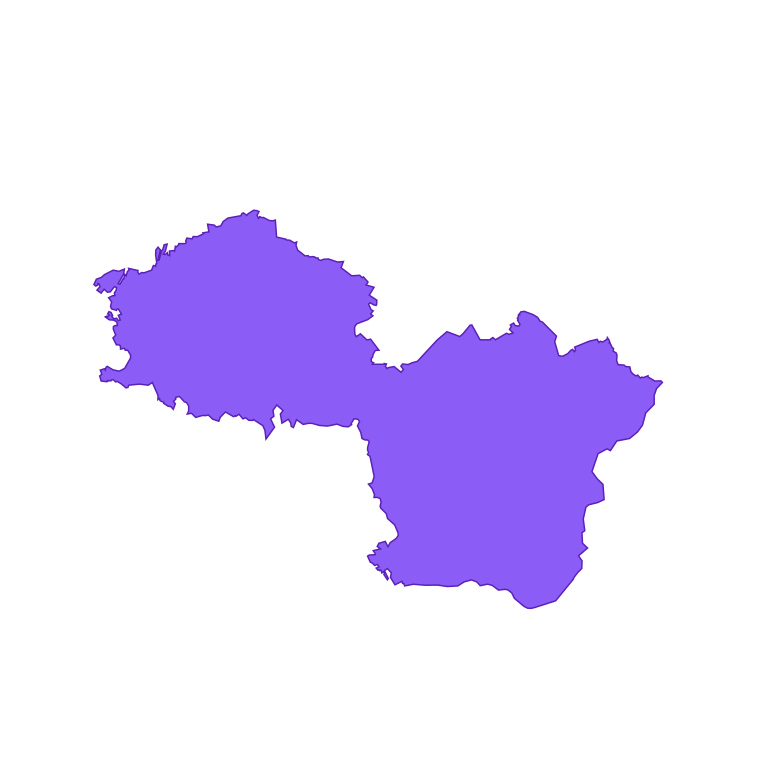 Qalqiliya, West Bank, Palestine (orthographic projection), rotated 226°
{"feature_id": "87354302B40414204592822", "entity_name": "Qalqiliya", "entity_type": "district", "adm_level": 2, "iso_a3": "PSE", "parent_name": "Palestine", "parent_adm1": "West Bank", "projection": "orthographic", "projection_center": [35.101, 32.181], "detail": "fine", "context": "isolated", "style": "filled", "palette": "violet", "viewbox_px": 768, "rotation_deg": 226, "n_neighbors": 0, "source": "geoboundaries", "source_scale": "gbopen_adm2", "svg_char_len": 6171}
<svg xmlns="http://www.w3.org/2000/svg" viewBox="0 0 768 768"><g transform="rotate(226 384 384)"><path d="M224.4,258.6L219.5,266.1L211.0,273.5L202.1,282.9L194.2,289.0L187.5,296.8L186.0,304.1L182.3,310.8L177.2,313.3L172.1,313.1L168.1,319.4L164.0,322.0L156.2,323.2L152.5,328.1L150.1,330.0L145.0,330.8L139.3,328.9L126.8,330.2L122.9,331.6L120.4,334.0L118.5,337.2L108.8,356.9L112.1,384.6L112.9,386.3L113.8,392.3L113.9,398.1L119.2,403.6L125.3,404.6L124.6,416.5L131.6,416.2L139.5,423.1L139.0,426.5L148.5,433.6L155.1,443.6L154.9,447.4L150.2,455.5L148.0,462.1L159.7,471.8L167.4,471.5L176.5,472.7L185.2,489.6L182.4,499.4L178.8,500.6L181.3,511.9L174.2,522.8L173.4,533.3L174.9,541.5L181.4,552.3L181.7,564.2L188.1,570.4L191.4,576.9L191.7,585.3L193.8,585.4L198.0,580.9L205.7,578.8L206.5,579.6L208.6,574.8L209.8,574.3L210.4,572.5L214.1,572.7L214.8,570.9L218.2,570.0L221.4,570.2L225.5,572.7L228.6,570.0L230.9,569.8L235.2,565.9L239.2,567.5L242.8,571.6L244.9,572.6L248.4,571.7L250.1,573.8L251.8,573.5L256.3,575.0L257.1,574.6L257.1,575.4L259.2,576.4L262.2,576.9L261.3,575.5L262.2,570.6L264.5,569.3L264.6,567.4L268.0,568.4L272.2,561.4L278.1,546.7L275.3,545.3L275.0,543.4L277.9,543.7L278.5,541.7L278.2,537.3L279.6,532.6L280.3,531.3L283.1,529.4L295.9,536.2L298.6,541.3L318.5,541.0L320.9,539.9L325.2,540.8L330.2,539.5L338.8,535.4L340.8,532.6L340.4,529.8L339.5,529.6L340.3,528.7L338.5,526.5L338.7,525.6L337.2,525.2L337.0,524.3L332.5,523.3L332.0,521.1L335.1,518.9L337.8,519.6L338.7,515.9L336.9,515.6L336.1,512.2L331.1,512.3L332.8,508.5L335.4,507.3L338.4,494.9L341.8,494.6L342.3,492.1L341.9,491.2L349.0,483.8L365.5,488.2L366.5,486.6L365.3,476.1L365.5,471.5L377.9,465.6L378.7,452.9L377.1,423.8L379.9,418.7L381.2,414.9L385.5,411.3L385.1,408.5L381.0,408.1L380.6,404.4L389.5,403.4L392.8,398.5L393.1,396.8L395.8,397.4L396.7,399.7L398.6,398.4L398.1,397.8L406.2,389.4L406.5,391.3L408.8,390.4L411.4,392.6L411.1,394.1L412.8,396.6L414.0,400.2L413.9,401.4L411.8,403.8L425.6,405.5L427.5,402.3L436.5,401.9L437.3,397.0L440.2,397.7L444.7,401.7L445.7,403.2L446.2,406.3L441.6,417.0L440.7,423.4L443.7,423.1L444.1,427.0L446.4,426.3L452.2,428.4L452.0,430.5L448.0,431.6L446.0,432.9L446.4,434.0L449.3,437.1L458.1,435.1L460.5,444.0L467.7,439.9L468.4,443.3L475.3,443.6L475.5,442.2L479.1,442.0L484.3,435.9L497.5,433.9L500.3,439.9L504.0,435.3L512.5,430.9L515.7,427.2L516.7,424.5L519.0,423.3L520.3,424.1L522.4,422.4L523.4,422.5L525.5,420.9L527.0,418.6L528.9,418.6L531.0,416.2L540.2,414.9L544.9,417.0L546.8,419.8L547.8,417.5L552.9,416.1L555.4,413.8L556.2,414.1L564.3,408.8L577.4,419.7L578.8,417.1L581.5,415.0L587.6,412.9L588.5,411.7L590.7,410.9L590.3,408.9L593.4,409.7L594.9,413.9L597.3,412.8L599.6,410.8L600.9,404.3L600.6,402.5L604.8,401.7L605.3,400.4L604.5,397.9L611.8,387.0L612.6,381.2L611.1,376.4L613.6,372.4L616.2,372.3L621.5,368.1L615.1,363.7L618.5,358.8L617.6,358.7L617.7,357.8L619.6,352.1L622.6,349.2L621.8,346.7L625.9,343.6L624.6,340.6L623.0,340.0L623.1,338.5L627.5,333.9L626.8,332.9L627.0,329.6L627.9,329.5L625.0,325.6L626.2,325.3L628.7,322.0L625.2,319.0L627.0,318.1L628.9,319.3L629.1,316.6L630.7,315.5L631.4,319.0L635.3,325.2L636.9,322.6L634.4,318.3L634.3,316.5L629.3,308.2L630.1,307.3L635.7,316.3L639.4,316.5L638.9,313.0L635.5,309.4L628.8,304.5L628.7,303.1L627.4,301.5L629.2,300.7L629.2,299.7L627.3,296.0L630.7,288.5L632.6,287.0L633.1,284.2L635.5,284.5L636.5,285.9L644.6,280.6L643.0,279.7L643.2,277.6L640.9,273.7L642.7,273.7L640.4,269.7L640.9,269.5L639.2,263.2L640.9,262.5L643.8,272.9L647.0,277.1L649.2,271.6L654.0,268.3L656.9,258.8L657.0,254.8L659.2,249.9L657.0,244.4L654.7,244.7L654.0,246.5L655.0,248.3L653.8,248.5L651.3,247.3L650.9,242.7L645.9,243.6L646.6,248.5L642.2,248.8L640.4,251.2L641.3,257.7L639.2,258.6L637.6,256.6L636.7,253.1L634.5,251.9L636.0,250.1L637.4,245.8L632.4,245.2L629.7,241.1L627.3,240.2L622.8,242.7L623.3,244.1L622.5,245.0L616.6,243.7L618.0,240.6L613.2,238.7L614.3,236.9L617.0,237.4L618.7,234.8L622.0,235.4L621.8,236.3L625.0,237.4L627.1,236.4L626.4,233.9L624.4,234.4L624.4,231.9L625.3,232.0L625.9,230.1L621.0,231.0L617.5,234.1L614.2,234.9L611.3,232.8L612.8,231.2L613.3,229.3L611.5,227.4L605.5,224.9L605.4,221.0L598.1,218.7L596.3,220.5L594.4,220.8L592.1,218.7L590.1,222.0L587.9,221.4L586.4,223.1L580.9,221.8L578.8,219.9L575.4,208.3L576.8,203.5L577.2,202.4L582.5,198.9L588.9,197.2L589.2,196.0L587.7,193.3L589.0,193.8L591.1,189.6L587.0,187.7L587.3,185.1L582.6,182.6L578.3,186.1L577.8,187.0L578.5,187.5L576.0,189.7L576.4,190.2L575.4,192.2L571.9,192.4L571.2,193.9L566.6,195.1L560.5,195.7L559.4,197.3L560.4,199.6L553.8,208.0L546.9,213.6L546.0,218.4L532.8,213.5L529.8,210.5L529.5,212.4L527.5,211.3L523.7,212.9L523.2,212.1L518.1,213.2L515.6,215.0L512.2,214.8L514.7,220.2L517.8,220.5L517.7,223.6L519.0,224.9L517.5,227.7L516.7,228.2L510.1,228.0L507.7,229.0L504.0,228.3L500.2,224.6L499.1,221.6L496.6,225.2L490.8,225.3L487.5,231.5L484.9,234.0L483.8,236.1L477.7,236.3L472.0,239.3L473.8,243.1L474.0,250.5L465.0,253.1L464.3,255.2L463.6,255.1L462.9,258.7L456.9,258.3L455.7,261.1L451.8,261.5L448.9,264.4L449.1,265.4L438.2,267.9L433.3,266.1L426.4,260.9L429.0,275.3L437.7,278.2L437.3,282.4L442.2,285.9L443.3,292.3L435.0,292.9L434.4,288.6L426.7,283.4L425.1,290.7L420.7,289.8L417.9,287.8L415.6,288.6L419.1,296.3L411.1,297.8L408.3,302.2L405.8,304.8L399.0,308.8L393.0,314.1L387.8,322.3L381.9,325.1L378.0,328.6L377.3,332.5L378.3,332.7L379.8,338.3L376.8,340.7L374.0,340.4L372.3,335.8L365.2,333.6L360.1,330.3L356.9,331.5L355.1,333.3L352.8,333.3L349.6,328.0L347.9,326.3L345.5,325.4L344.7,323.1L342.0,323.7L340.2,322.8L324.2,312.6L321.1,306.8L322.8,303.3L316.9,302.8L311.2,300.4L309.3,298.0L307.2,300.3L304.3,301.7L301.0,299.8L298.8,296.4L297.0,295.4L289.2,295.6L284.8,293.1L275.2,293.8L267.0,290.6L265.2,289.1L264.4,285.5L265.6,278.4L264.2,273.8L269.9,275.6L273.0,269.7L271.8,266.2L267.8,267.0L271.6,260.5L268.2,259.9L267.4,259.1L271.2,254.6L271.6,252.6L265.4,250.4L263.2,251.2L259.9,251.2L258.9,253.8L255.9,253.4L257.0,250.5L254.5,250.3L254.3,251.1L253.0,251.0L252.4,252.5L249.6,251.2L249.2,253.1L247.3,252.9L247.1,251.6L240.8,250.4L241.1,252.0L249.5,254.7L248.9,258.2L243.1,258.1L240.4,254.3L231.9,252.4L229.6,259.8L227.7,258.8L227.0,259.7L224.4,258.6Z" fill="#8b5cf6" stroke="#5b21b6" stroke-width="1.5"/></g></svg>